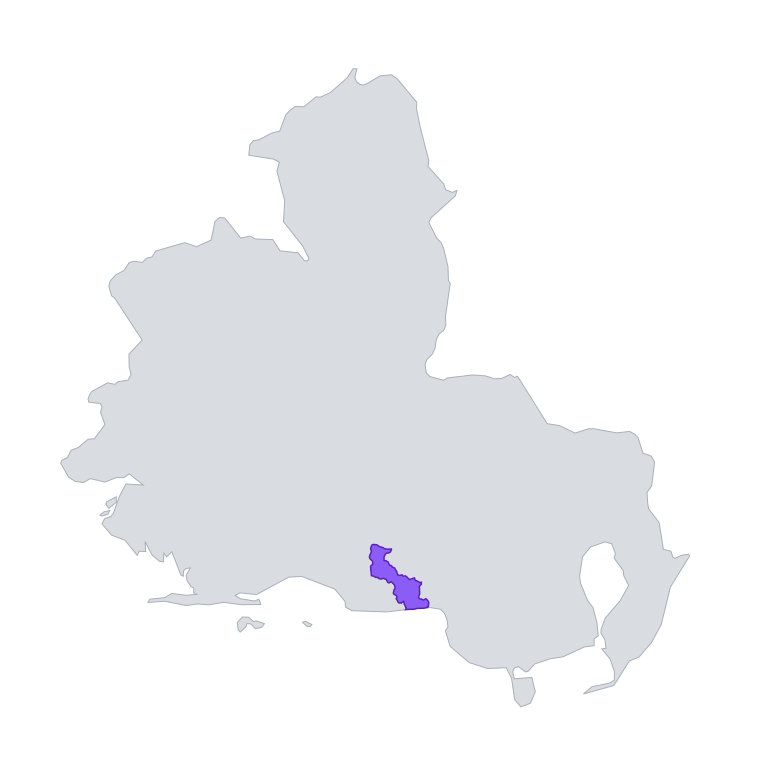 location of Aragua within Venezuela, rotated 184°
{"feature_id": "VEN-41", "entity_name": "Aragua", "entity_type": "State", "adm_level": 1, "iso_a3": "VEN", "parent_name": "Venezuela", "parent_adm1": "", "projection": "natural_earth1", "projection_center": [-67.18, 9.967], "detail": "fine", "context": "in_parent", "style": "filled", "palette": "violet", "viewbox_px": 768, "rotation_deg": 184, "n_neighbors": 0, "source": "natural_earth", "source_scale": "10m", "svg_char_len": 7321}
<svg xmlns="http://www.w3.org/2000/svg" viewBox="0 0 768 768"><g transform="rotate(184 384 384)"><path d="M692.1,269.0L700.9,282.3L700.1,285.4L694.7,288.5L691.6,296.0L684.7,299.2L675.3,308.3L669.1,309.1L659.5,324.2L664.8,335.9L663.6,341.8L665.9,344.8L677.1,345.2L678.2,348.3L676.8,353.2L674.8,356.3L659.7,365.9L652.4,364.9L649.4,367.8L639.7,369.9L637.0,375.7L639.4,383.4L640.5,396.0L628.3,411.0L658.8,451.1L662.1,453.1L665.3,462.4L664.2,467.9L658.9,474.4L651.2,479.1L646.7,487.4L642.0,489.0L633.7,488.4L629.6,492.9L624.3,494.6L620.8,500.8L592.7,511.1L580.6,507.9L566.5,515.5L564.0,534.2L559.7,538.6L554.5,538.5L537.1,519.5L528.2,522.2L522.3,519.7L505.0,520.3L497.0,509.6L478.9,508.9L472.1,501.5L469.0,501.5L467.6,503.8L474.6,515.8L495.6,538.9L495.8,559.7L505.6,588.7L503.9,597.9L509.6,600.6L534.8,602.8L534.6,613.1L531.3,617.8L526.3,618.6L513.4,626.5L505.7,628.9L500.7,645.9L496.5,650.8L491.8,654.8L483.3,654.9L471.7,665.8L467.7,665.6L457.9,670.9L442.2,686.7L436.9,696.3L433.0,696.5L434.5,688.1L432.5,683.6L428.8,681.2L425.4,680.8L421.0,683.0L409.3,691.2L398.0,693.0L392.0,689.3L371.0,667.4L370.6,660.1L365.7,642.6L355.0,610.2L355.2,604.0L338.4,587.7L336.1,582.1L329.1,579.9L324.8,582.1L325.9,576.7L348.5,553.3L350.5,548.2L341.7,533.3L336.8,529.0L334.1,523.8L328.4,505.7L326.9,491.7L325.0,488.9L327.4,454.9L326.4,447.4L328.1,441.7L332.5,437.8L335.0,431.7L335.5,423.5L338.1,416.8L342.9,411.5L344.5,406.3L342.5,397.9L338.5,394.6L324.8,391.9L321.1,394.5L296.1,399.2L283.7,399.2L274.2,396.9L267.1,397.7L258.7,402.3L254.5,399.7L251.3,401.0L218.4,355.8L206.3,354.8L189.9,348.4L176.9,353.6L171.5,354.0L148.5,351.5L135.7,353.8L130.4,351.5L126.7,348.0L121.0,333.2L112.3,330.7L108.6,324.8L109.9,300.8L114.1,294.2L112.6,283.3L111.4,278.1L99.8,264.8L93.8,238.6L86.1,237.1L83.8,231.4L81.5,230.4L75.2,233.9L68.5,235.4L67.1,233.9L84.1,201.5L90.7,163.3L99.2,144.6L110.6,129.4L119.9,124.9L133.6,99.3L163.4,88.7L155.5,96.5L137.7,101.5L133.6,104.6L134.0,113.1L139.2,125.3L148.2,134.9L144.0,135.9L145.9,144.6L150.2,150.5L150.3,154.3L147.0,165.9L133.3,184.2L125.9,200.1L131.5,209.6L132.2,214.4L142.3,226.2L141.3,230.9L145.7,240.5L152.7,241.9L166.6,235.8L173.9,225.5L175.5,206.1L174.1,199.1L165.8,182.2L160.0,175.7L155.0,161.0L152.7,147.7L156.6,144.6L156.2,137.6L165.8,135.7L186.6,124.3L199.4,121.4L214.1,115.3L220.4,107.3L222.7,106.7L230.3,111.4L234.1,109.8L235.6,106.1L233.5,99.0L216.0,101.6L211.6,87.4L215.6,75.8L224.9,71.5L231.6,78.2L236.1,98.8L242.2,109.5L260.8,107.4L279.7,112.1L299.7,126.9L305.6,142.2L303.2,146.0L304.5,152.5L307.4,159.1L311.8,163.2L324.3,164.4L365.6,156.8L400.3,155.6L406.9,158.8L407.6,164.3L418.8,176.0L452.6,186.3L465.6,184.7L496.5,165.1L513.1,165.6L517.9,162.7L511.8,159.7L498.0,158.5L493.8,160.5L491.4,155.5L511.2,153.9L528.9,155.0L543.2,151.5L554.6,151.6L566.0,149.2L587.5,152.0L604.4,149.7L602.5,153.0L587.9,155.6L581.1,160.3L566.4,159.4L556.1,161.1L559.4,162.5L559.5,167.3L562.3,168.3L566.8,174.3L568.0,179.3L564.3,187.0L568.5,186.2L570.9,183.7L570.8,178.2L573.2,179.2L584.0,201.9L588.7,196.5L591.8,199.8L591.7,191.2L595.4,191.4L603.3,197.1L611.4,210.1L610.0,200.2L616.5,200.1L618.2,195.8L631.4,210.0L645.2,214.2L655.6,224.9L653.4,230.1L647.3,232.8L644.9,236.1L640.3,253.0L634.5,266.2L617.1,266.4L631.9,276.6L637.0,272.4L644.4,272.1L655.4,266.7L670.4,269.1L677.0,264.7L685.1,265.3L692.1,269.0ZM512.3,128.5L513.8,135.6L509.1,141.7L502.7,141.9L497.8,137.9L495.1,138.8L486.5,136.6L489.0,132.8L495.3,130.9L500.0,135.3L504.0,135.5L504.9,131.9L510.2,126.5L512.3,128.5ZM652.5,247.2L643.2,252.8L642.8,247.4L649.9,240.7L653.1,244.7L652.5,247.2ZM448.6,140.7L446.1,141.9L439.2,139.0L440.6,137.0L444.4,137.0L448.6,140.7ZM654.3,237.0L648.7,238.7L650.3,234.8L656.2,232.6L658.3,233.4L654.3,237.0Z" fill="#d9dde1" stroke="#a8b0b8" stroke-width="1"/><path d="M324.5,165.0L324.6,165.4L325.0,165.1L325.3,164.5L325.4,164.3L326.9,163.5L328.7,163.1L334.9,162.5L338.9,161.3L342.7,161.0L346.8,160.5L346.2,161.8L346.2,162.0L346.3,162.2L346.3,162.3L346.5,162.4L346.5,162.5L346.7,162.8L346.8,162.8L346.9,163.0L347.0,163.2L347.6,164.5L347.8,165.1L348.3,165.7L348.4,165.8L349.1,168.3L349.2,168.5L349.5,168.2L349.7,167.8L349.8,167.7L350.0,167.6L350.3,167.5L350.7,167.4L350.8,167.3L351.0,167.2L351.6,166.8L351.6,166.7L351.8,166.8L352.1,166.9L352.3,166.8L352.5,166.8L352.8,166.7L353.1,166.7L353.7,166.6L353.8,166.6L354.1,166.9L354.8,167.4L356.2,170.0L356.5,170.2L356.9,170.6L356.8,171.0L356.4,171.4L356.3,171.6L356.3,171.9L356.2,172.3L356.2,172.6L356.4,173.0L356.7,173.5L357.0,173.8L357.3,173.9L358.7,174.6L359.1,174.8L359.7,175.3L360.0,175.6L360.0,175.9L360.1,176.3L359.6,179.4L359.5,179.7L359.1,180.4L358.9,180.9L358.8,181.2L358.8,181.7L358.9,182.2L359.5,184.0L359.9,184.6L361.0,185.6L363.1,187.2L363.8,186.8L364.2,186.5L364.6,186.2L364.8,186.1L365.0,186.0L365.4,185.9L365.8,186.1L366.1,186.2L366.8,186.8L367.0,187.3L367.1,187.5L367.5,188.2L368.0,188.7L368.2,189.1L368.4,189.4L368.7,189.5L369.3,189.5L370.3,189.7L370.5,189.9L370.6,190.0L370.8,190.1L371.4,190.0L372.8,189.4L373.4,189.2L374.9,189.4L375.7,189.6L376.2,190.0L376.3,190.2L376.5,190.4L376.9,190.5L378.3,190.6L378.7,190.5L379.0,190.6L379.3,190.7L379.8,191.0L380.7,191.5L383.2,191.9L384.5,199.6L384.6,200.3L384.6,201.0L384.4,201.6L384.2,202.1L383.8,202.4L383.4,202.7L383.0,202.9L382.7,203.4L382.7,204.1L382.8,205.3L383.0,206.0L383.3,206.6L383.6,206.9L384.0,207.3L385.2,208.1L385.6,208.6L386.0,209.1L386.4,210.0L386.5,210.6L386.4,211.2L386.1,212.4L385.3,214.5L385.1,215.1L385.0,215.8L385.0,216.6L385.1,217.0L385.5,217.8L385.8,218.4L385.9,218.9L385.8,219.4L385.0,222.2L384.7,222.6L384.5,222.8L384.1,223.0L383.7,223.1L382.7,223.2L380.1,223.1L379.8,223.0L379.4,222.8L378.0,221.9L377.2,221.5L376.2,221.2L374.5,221.0L374.0,220.8L373.0,220.4L372.1,219.8L371.7,219.6L370.6,219.5L366.9,219.6L365.5,219.9L365.2,219.9L365.0,219.5L365.2,218.8L365.5,218.2L365.7,217.2L365.9,217.0L366.0,216.8L367.2,216.0L368.2,215.6L369.6,215.4L369.8,215.3L370.0,215.2L370.4,214.8L370.9,213.9L371.8,211.9L371.8,211.6L371.9,211.3L371.7,209.7L371.8,208.6L371.8,208.1L371.7,207.9L371.4,207.7L371.0,207.7L370.5,207.8L369.9,207.9L369.6,207.9L369.4,207.8L368.6,207.2L368.3,207.0L367.5,206.8L366.3,204.4L365.7,203.7L365.3,203.5L364.8,203.5L364.4,203.5L363.9,203.3L363.6,203.0L363.4,202.7L363.2,202.4L363.0,202.0L362.7,201.8L362.4,201.7L361.7,201.6L360.3,201.0L360.1,200.2L359.7,199.7L358.8,198.7L358.5,198.2L358.3,197.8L357.3,195.2L357.0,194.9L356.6,194.4L355.2,194.2L354.6,194.2L353.9,194.5L353.2,194.7L353.0,194.9L352.8,194.9L352.5,194.8L352.3,194.5L352.1,194.2L352.0,193.9L351.7,193.8L350.5,193.8L349.2,194.1L348.2,193.5L345.1,190.8L344.8,190.8L344.7,190.8L344.4,190.8L343.5,191.3L340.1,192.7L339.2,190.4L338.6,190.0L338.3,190.0L338.0,190.0L337.8,190.0L337.6,190.0L334.1,188.3L333.2,188.9L332.9,188.9L332.8,188.7L332.9,188.1L332.9,187.8L332.9,187.0L332.9,186.6L333.1,186.4L333.8,185.8L334.0,185.5L334.2,185.3L334.4,184.8L334.5,184.4L334.5,184.1L333.8,177.3L333.8,176.8L333.8,176.5L334.1,176.0L334.2,175.6L334.4,175.1L334.5,174.2L334.5,173.7L334.4,173.4L333.9,172.6L333.7,172.4L333.5,172.2L333.2,172.1L332.7,172.0L331.9,172.1L331.6,172.1L331.4,172.0L330.2,171.4L329.7,171.4L329.4,171.4L329.1,171.5L328.9,171.6L328.5,171.9L327.9,172.3L327.7,172.5L327.3,172.6L327.0,172.6L326.8,172.5L324.9,170.6L324.2,169.4L324.1,168.5L324.2,166.3L324.3,165.6L324.5,165.0Z" fill="#8b5cf6" stroke="#5b21b6" stroke-width="1.5"/></g></svg>